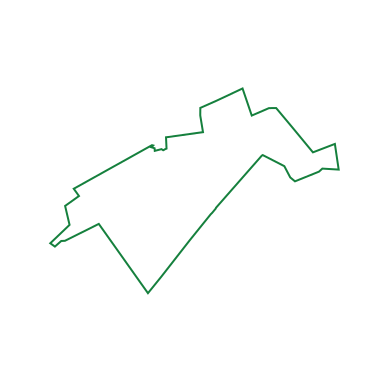 outline of Aconchi, Sonora, Mexico, rotated 340°
{"feature_id": "50627088B4605568990121", "entity_name": "Aconchi", "entity_type": "district", "adm_level": 2, "iso_a3": "MEX", "parent_name": "Mexico", "parent_adm1": "Sonora", "projection": "natural_earth1", "projection_center": [-110.211, 29.784], "detail": "fine", "context": "isolated", "style": "outline", "palette": "green", "viewbox_px": 384, "rotation_deg": 340, "n_neighbors": 0, "source": "geoboundaries", "source_scale": "gbopen_adm2", "svg_char_len": 805}
<svg xmlns="http://www.w3.org/2000/svg" viewBox="0 0 384 384"><g transform="rotate(340 192 192)"><path d="M112.5,259.3L116.0,272.0L134.0,261.2L173.5,236.5L202.0,219.3L203.6,218.6L208.6,215.7L209.2,215.0L209.4,214.9L213.4,212.7L270.0,181.7L271.1,181.5L287.6,199.3L289.3,211.9L292.4,217.2L318.3,216.3L322.5,214.6L337.5,221.1L342.7,195.7L319.2,196.1L309.3,168.2L299.8,141.9L293.0,139.5L274.3,140.6L274.9,112.0L246.4,114.6L228.6,115.8L226.0,122.7L225.7,124.1L222.8,139.5L188.0,132.1L187.7,132.0L186.3,131.7L182.9,142.5L181.0,142.6L180.3,142.8L179.2,142.9L178.0,141.3L171.1,140.6L171.8,138.1L169.2,136.1L171.4,135.0L170.4,134.3L82.0,148.5L84.4,157.1L68.0,161.7L65.7,181.0L41.3,191.7L44.5,196.4L52.4,193.3L55.9,194.4L93.5,190.1L102.8,223.9L112.5,259.3Z" fill="none" stroke="#15803d" stroke-width="2"/></g></svg>